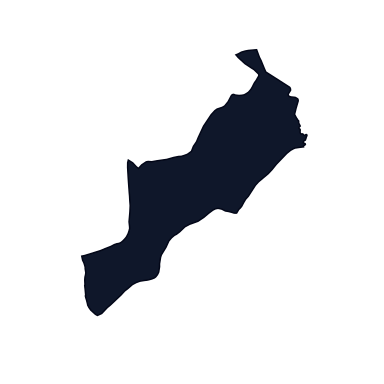 Santa Eulalia, Huehuetenango, Guatemala, rotated 302°
{"feature_id": "79465075B65740660783251", "entity_name": "Santa Eulalia", "entity_type": "district", "adm_level": 2, "iso_a3": "GTM", "parent_name": "Guatemala", "parent_adm1": "Huehuetenango", "projection": "orthographic", "projection_center": [-91.3, 15.75], "detail": "fine", "context": "isolated", "style": "filled", "palette": "ink", "viewbox_px": 384, "rotation_deg": 302, "n_neighbors": 0, "source": "geoboundaries", "source_scale": "gbopen_adm2", "svg_char_len": 3436}
<svg xmlns="http://www.w3.org/2000/svg" viewBox="0 0 384 384"><g transform="rotate(302 192 192)"><path d="M185.3,121.1L182.8,121.9L178.7,124.4L169.8,130.7L166.2,133.3L158.0,139.3L155.5,141.2L152.2,143.5L147.7,146.8L142.2,149.9L133.4,154.4L129.7,157.3L128.0,158.5L125.4,159.3L122.9,159.9L120.7,160.1L118.7,160.2L116.1,159.8L113.4,159.2L111.7,158.6L110.6,158.0L109.4,157.0L108.8,156.3L108.4,155.8L106.2,154.0L102.9,152.1L97.4,148.0L96.9,147.7L93.7,145.4L81.3,134.7L79.2,132.5L76.2,135.4L75.5,136.5L75.1,137.2L74.3,138.3L73.0,139.8L71.7,141.2L70.3,142.1L67.3,144.7L65.3,145.6L63.2,146.3L60.5,147.7L56.5,150.5L56.1,150.4L54.8,151.4L53.3,152.6L49.1,155.8L47.9,156.7L47.4,156.6L46.2,157.8L44.4,159.9L41.6,162.8L40.8,163.5L39.4,165.9L38.2,168.8L37.1,174.9L37.2,177.2L41.1,179.8L49.1,181.4L53.0,182.7L67.2,186.4L72.2,187.3L76.3,188.8L78.3,189.4L81.9,190.5L85.6,192.6L88.8,195.1L90.3,196.8L92.1,198.9L93.2,200.3L94.5,201.7L97.0,204.0L99.2,205.6L100.8,206.2L103.6,206.5L106.4,206.2L111.4,204.1L113.9,202.5L120.1,199.9L122.5,199.3L131.4,199.2L138.2,198.3L142.4,198.9L145.9,200.0L147.9,201.2L151.6,202.6L158.7,204.4L163.3,207.0L164.9,208.3L170.4,212.6L176.9,215.5L182.6,217.3L187.5,219.2L188.6,219.8L190.2,220.8L191.7,222.4L192.3,223.5L193.3,226.4L193.6,230.3L194.8,233.2L195.8,236.3L196.4,238.7L197.0,239.9L197.8,241.0L201.9,240.9L203.9,241.4L206.1,241.7L210.4,241.4L214.2,241.3L218.3,242.0L231.4,242.2L235.9,243.0L247.9,246.9L253.5,248.0L260.2,248.8L275.0,251.9L279.6,253.5L282.5,255.1L283.9,256.1L286.3,258.9L289.4,262.7L290.1,262.1L290.6,262.2L291.5,262.7L292.0,262.9L292.5,262.9L292.9,262.4L292.9,262.0L292.9,261.4L292.6,260.8L292.5,260.4L293.0,260.1L293.4,259.9L293.8,259.8L294.7,259.9L295.1,260.0L295.8,260.5L296.2,260.6L297.0,260.4L297.5,260.3L298.3,260.1L298.8,259.9L299.5,259.8L300.1,259.7L301.1,259.4L301.4,258.8L301.2,258.3L300.9,258.1L300.3,257.8L299.7,257.3L299.5,256.9L299.5,256.5L299.6,256.1L299.9,255.6L299.9,255.0L299.6,254.6L299.3,254.2L299.1,253.7L299.3,252.7L299.7,252.2L300.2,251.8L301.4,251.2L302.2,250.7L302.5,250.3L302.5,249.8L302.6,249.1L302.9,248.6L303.4,248.5L304.0,248.6L304.5,248.7L305.3,248.8L305.6,248.3L306.3,247.2L306.7,246.4L307.3,245.8L307.7,245.4L308.3,245.1L308.7,244.9L308.9,244.4L309.0,244.0L309.2,243.2L309.6,242.7L309.9,241.8L310.9,240.0L312.2,237.8L316.0,236.6L317.7,236.0L325.5,233.8L326.2,233.3L326.6,232.9L327.0,232.3L327.0,230.3L326.9,229.3L325.0,225.4L324.8,224.5L324.7,223.4L324.7,222.9L325.1,222.4L325.7,221.9L326.4,221.7L330.4,221.7L331.1,221.3L331.8,220.7L332.3,220.0L332.6,219.2L332.9,191.0L335.3,187.5L340.0,181.0L342.0,177.7L346.9,171.4L341.9,164.8L339.7,162.4L336.8,159.8L333.7,158.1L333.3,157.8L331.6,156.6L331.1,158.3L330.6,159.8L330.1,162.4L328.9,169.0L328.8,173.6L328.7,176.3L328.7,179.7L327.5,185.3L327.2,186.1L326.7,186.7L325.7,187.1L320.4,187.3L318.1,187.1L316.4,187.2L315.2,187.3L313.4,187.5L310.5,187.6L308.8,187.4L306.5,187.0L304.3,186.0L302.1,184.8L300.5,183.1L298.8,180.8L297.5,178.1L297.1,177.1L296.9,175.8L296.5,175.1L296.0,174.8L295.6,174.5L294.6,174.3L287.6,174.8L282.2,174.1L279.8,172.8L275.6,169.3L273.1,168.3L267.8,167.3L260.7,167.1L254.0,166.9L242.7,168.3L241.8,168.4L237.1,169.2L231.5,169.0L226.2,170.0L223.9,169.1L221.5,168.1L218.8,166.0L216.6,164.1L215.0,161.8L211.6,158.2L206.3,153.4L200.5,146.5L200.0,145.9L196.3,141.8L194.6,138.6L193.3,137.2L188.4,135.0L183.6,134.1L183.9,131.4L185.3,126.2L185.3,121.1Z" fill="#0f172a" stroke="#020617" stroke-width="1.5"/></g></svg>